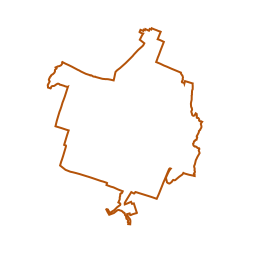 outline of Coarnele Caprei, Iasi, Romania, rotated 65°
{"feature_id": "2599482B36833916817547", "entity_name": "Coarnele Caprei", "entity_type": "district", "adm_level": 2, "iso_a3": "ROU", "parent_name": "Romania", "parent_adm1": "Iasi", "projection": "mercator", "projection_center": [27.123, 47.391], "detail": "fine", "context": "isolated", "style": "outline", "palette": "amber", "viewbox_px": 256, "rotation_deg": 65, "n_neighbors": 0, "source": "geoboundaries", "source_scale": "gbopen_adm2", "svg_char_len": 5713}
<svg xmlns="http://www.w3.org/2000/svg" viewBox="0 0 256 256"><g transform="rotate(65 128 128)"><path d="M39.8,160.1L40.5,159.9L40.9,159.9L41.3,160.0L41.7,160.3L41.9,160.5L42.8,162.0L42.9,162.7L42.9,164.1L42.5,165.5L42.5,166.0L42.5,167.8L43.5,167.3L43.9,167.6L44.1,168.4L44.2,169.1L44.4,169.5L44.8,169.8L45.3,170.1L45.5,170.1L45.9,170.3L46.8,171.4L47.2,172.5L47.5,173.4L47.5,173.9L47.7,174.9L47.8,175.3L48.0,175.8L48.6,176.2L48.7,176.9L49.1,177.6L49.6,177.9L50.2,178.8L50.9,179.4L51.6,179.3L52.0,179.5L52.4,179.3L52.7,179.3L53.5,180.2L54.2,181.4L54.4,181.6L54.5,181.8L54.7,182.0L54.9,182.0L55.2,182.6L56.0,182.9L56.7,183.0L57.5,183.4L59.4,181.4L59.2,181.0L58.8,180.7L58.4,180.3L58.1,179.9L58.0,179.4L58.0,179.0L58.2,178.3L58.6,177.5L58.6,176.7L58.2,174.6L58.1,173.4L58.2,172.8L58.5,172.3L59.3,171.6L59.9,171.5L60.0,171.4L60.9,170.1L61.4,169.7L61.6,169.4L62.9,168.0L63.7,167.3L65.1,165.6L65.2,165.3L65.2,165.0L72.7,171.9L75.7,174.9L77.2,176.5L80.4,179.3L82.8,181.6L84.3,183.2L88.8,187.2L91.4,189.5L95.8,193.0L99.9,188.4L103.6,184.5L105.1,182.8L108.6,186.1L116.3,193.0L117.6,191.7L118.1,191.8L118.8,192.3L125.9,198.6L128.6,201.1L130.4,202.9L133.3,205.4L139.5,202.3L143.3,198.7L144.8,196.7L147.1,193.9L149.4,191.2L154.5,185.6L155.1,184.9L157.5,182.3L164.6,174.9L166.1,173.1L168.8,170.3L169.0,170.2L169.1,170.3L170.6,171.6L174.0,168.2L175.7,166.2L179.5,163.0L183.1,159.5L184.2,160.7L184.4,161.3L184.2,161.6L184.3,162.4L184.5,162.9L184.7,163.0L185.0,163.0L185.5,163.5L185.9,163.7L186.3,163.8L186.7,164.3L187.7,165.0L188.7,165.4L189.3,165.8L191.4,168.2L193.1,167.0L193.8,167.1L194.3,167.5L194.5,167.7L195.2,171.3L195.5,172.1L196.6,175.1L196.7,175.6L197.1,179.2L197.1,179.6L197.0,179.9L196.8,180.3L196.4,180.5L196.1,180.6L195.3,180.5L194.3,180.7L193.6,180.6L193.2,180.8L192.8,181.3L192.5,181.7L192.6,182.1L195.6,182.0L198.7,181.7L199.1,176.8L198.9,175.9L198.5,174.2L198.2,173.1L198.1,172.2L198.2,171.5L198.4,170.9L198.8,170.5L199.4,170.0L199.7,169.7L200.0,169.2L200.6,168.8L200.9,168.5L201.2,168.3L201.9,168.2L202.7,167.7L202.9,167.8L203.1,167.7L203.3,167.2L203.6,167.1L204.1,167.1L205.5,167.5L206.1,167.3L206.2,167.2L206.5,167.1L207.0,167.1L209.3,167.7L209.7,167.7L209.8,167.5L210.7,167.1L211.2,167.0L212.1,167.0L212.4,167.2L213.0,167.6L213.1,167.9L213.4,168.0L214.1,167.7L214.5,167.9L215.2,168.4L216.2,166.7L213.9,165.4L212.6,164.9L212.2,164.8L211.4,164.8L210.6,164.9L209.2,165.4L208.6,165.5L205.7,165.2L206.1,162.6L207.9,162.8L208.1,162.1L208.1,160.3L208.5,157.5L208.8,156.2L208.8,155.9L208.7,155.8L208.2,155.7L207.5,155.7L198.8,154.6L198.5,156.4L196.2,156.4L196.2,156.5L196.1,160.4L195.9,163.2L194.8,162.8L194.3,162.3L192.9,160.3L187.5,152.1L189.9,150.3L190.0,150.1L190.0,149.9L189.2,148.5L189.2,148.2L189.4,148.0L198.3,138.2L200.7,135.6L204.3,131.9L201.2,128.3L195.2,121.9L192.5,119.1L190.5,116.8L183.1,108.7L182.6,108.1L182.4,107.8L182.3,107.0L182.9,106.4L184.0,108.5L185.9,111.0L187.8,113.2L189.2,114.7L193.7,115.6L194.7,115.1L195.7,114.2L195.9,113.7L195.4,111.3L194.9,110.5L194.2,109.2L194.2,108.9L194.9,108.2L195.0,108.0L195.2,107.2L193.8,102.1L193.2,98.7L193.1,98.4L192.9,97.9L192.1,96.8L193.1,96.0L193.9,95.1L196.3,92.3L198.3,89.6L198.7,89.0L199.3,88.5L199.7,87.9L199.2,87.7L198.8,87.6L198.6,87.4L198.2,87.3L197.4,87.7L197.2,87.5L196.9,86.9L196.6,86.7L196.6,86.3L196.1,86.0L195.6,85.7L194.3,85.6L193.9,85.2L192.8,84.7L191.3,84.5L190.5,84.2L189.0,82.6L185.8,80.1L185.3,79.4L183.3,77.0L182.5,75.8L181.0,73.7L178.6,73.4L178.3,73.4L177.9,73.1L177.2,72.2L176.6,72.1L176.3,72.2L176.0,72.8L175.7,73.2L175.2,73.6L174.2,73.8L173.6,74.4L173.3,74.5L173.2,75.1L172.9,75.3L172.8,75.5L172.4,75.6L172.2,75.8L171.5,76.0L170.6,75.9L170.1,75.7L169.7,75.6L169.5,75.0L168.1,73.9L167.9,73.5L167.9,73.4L168.0,73.1L168.0,72.9L167.6,72.5L167.5,72.3L167.4,71.9L167.4,71.7L167.5,71.5L167.6,71.1L167.6,70.8L167.0,70.4L166.9,70.2L166.6,70.0L166.3,69.9L166.1,69.5L165.7,69.2L165.4,69.2L164.9,69.4L164.5,69.2L163.0,67.1L162.4,66.3L161.5,65.4L160.7,65.0L160.6,64.5L160.2,63.8L160.2,63.4L159.8,63.1L158.7,61.5L158.4,61.2L157.9,60.9L157.1,60.6L155.1,60.3L154.6,59.8L153.7,58.2L153.4,58.5L152.9,58.8L152.6,59.3L152.4,59.8L152.0,60.2L151.2,60.4L150.7,60.0L150.1,59.8L149.2,59.9L148.6,60.1L148.3,60.6L148.2,61.0L147.7,61.3L146.9,60.8L146.5,60.8L146.0,60.4L145.5,60.3L144.4,59.8L143.3,60.4L144.0,61.4L144.7,62.4L144.7,63.3L144.5,63.7L143.9,64.1L143.3,64.3L142.1,64.0L140.1,63.8L139.7,63.6L138.8,62.5L138.5,62.2L138.1,62.1L136.9,61.7L136.7,61.8L136.4,61.9L135.1,61.7L133.5,61.1L132.5,60.7L131.0,59.7L129.9,58.8L129.0,58.2L127.7,57.6L126.6,57.0L125.9,56.8L125.6,56.7L125.0,56.0L124.1,55.7L122.9,55.0L121.8,54.5L120.7,53.7L120.2,53.0L117.1,51.5L115.5,50.9L115.0,50.7L114.9,50.6L109.6,56.5L111.5,58.1L110.9,58.0L110.6,58.2L110.4,58.6L109.9,59.2L109.4,59.7L109.0,59.7L108.5,59.4L108.1,58.7L107.3,57.8L106.7,57.8L106.5,57.6L105.4,56.8L103.4,56.5L103.0,56.7L100.9,57.0L100.2,56.8L100.1,56.7L92.8,63.4L88.8,66.9L86.6,69.0L83.5,71.5L80.1,74.6L77.9,72.3L76.8,71.3L75.0,69.3L71.4,65.7L65.1,59.1L62.3,61.4L60.7,62.9L60.1,63.6L54.6,57.7L53.6,58.6L53.4,59.0L51.3,60.9L49.9,62.3L47.6,64.4L48.6,65.3L47.4,66.5L48.7,67.9L45.6,70.5L46.5,71.4L45.5,72.3L46.4,73.2L44.3,75.2L45.4,76.4L45.8,76.9L46.0,77.0L47.7,75.7L48.8,74.3L50.1,76.3L53.0,80.0L58.1,77.4L59.4,79.1L59.8,79.9L60.3,81.5L61.2,84.6L61.6,85.9L62.4,87.9L63.9,91.6L64.7,93.2L65.9,96.4L68.2,102.8L70.3,109.8L71.1,113.5L71.7,115.1L71.9,115.6L73.3,116.7L76.8,119.3L78.8,120.9L76.9,123.3L75.4,125.4L74.9,126.3L74.1,128.0L73.9,128.2L72.7,130.3L67.8,136.1L67.6,136.1L67.1,137.1L66.7,137.6L66.2,138.1L65.7,138.3L64.9,138.9L64.4,139.4L64.3,139.6L64.4,140.0L63.7,140.5L61.1,143.3L57.0,146.7L55.1,148.0L54.1,148.9L48.9,152.8L45.8,155.3L43.0,157.7L39.8,160.1Z" fill="none" stroke="#b45309" stroke-width="2"/></g></svg>